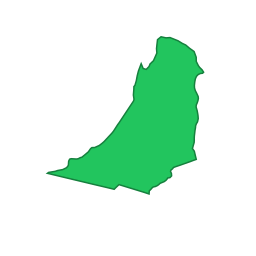 the district of Santana do Ipanema, Alagoas, Brazil, rotated 335°
{"feature_id": "56859067B18090298356879", "entity_name": "Santana do Ipanema", "entity_type": "district", "adm_level": 2, "iso_a3": "BRA", "parent_name": "Brazil", "parent_adm1": "Alagoas", "projection": "equal_earth", "projection_center": [-37.2, -9.346], "detail": "fine", "context": "isolated", "style": "filled", "palette": "green", "viewbox_px": 256, "rotation_deg": 335, "n_neighbors": 0, "source": "geoboundaries", "source_scale": "gbopen_adm2", "svg_char_len": 1675}
<svg xmlns="http://www.w3.org/2000/svg" viewBox="0 0 256 256"><g transform="rotate(335 128 128)"><path d="M167.1,75.3L161.6,80.7L160.2,82.4L158.4,84.6L155.4,88.8L152.3,92.3L150.9,92.9L149.6,95.5L146.8,100.4L145.6,104.5L144.4,105.9L137.5,110.1L122.3,119.4L120.1,120.6L113.6,124.7L111.4,125.8L100.6,130.2L98.2,130.9L94.6,131.7L89.5,131.6L87.0,130.5L85.4,130.9L81.9,132.9L75.9,134.5L73.8,135.0L72.3,134.7L69.8,134.8L68.1,134.3L63.5,131.8L61.9,131.6L60.2,133.0L58.1,136.7L55.6,138.0L51.3,138.1L46.3,136.8L43.7,136.5L37.3,134.7L35.8,135.0L47.1,144.0L72.8,164.4L85.6,174.5L89.6,177.7L91.7,176.9L95.9,175.5L115.4,193.1L119.2,196.7L120.7,194.0L122.7,193.3L124.4,192.5L126.0,192.1L128.0,192.6L130.3,192.6L131.9,192.3L133.7,191.7L135.6,191.8L138.1,191.9L140.2,191.5L141.6,190.9L142.9,190.1L145.1,190.7L147.3,189.8L148.2,187.4L148.1,185.5L149.1,184.3L151.1,183.8L152.6,183.0L155.0,183.2L159.4,183.7L171.0,184.8L173.6,185.0L176.6,185.3L177.3,181.8L178.3,177.0L177.7,173.9L179.8,171.4L181.8,169.1L182.9,167.1L183.6,165.5L184.7,163.4L187.9,158.2L189.2,156.4L190.2,154.6L191.7,153.1L193.6,151.8L195.6,149.2L196.7,146.3L197.3,144.2L198.0,141.5L198.6,137.7L199.7,135.9L201.3,134.5L202.9,132.8L204.3,130.9L204.9,129.0L204.9,125.7L204.8,122.5L205.2,119.8L206.2,117.4L207.9,114.6L209.6,112.2L210.8,111.0L212.3,109.9L214.3,109.2L216.7,109.2L218.7,109.9L220.1,109.4L219.7,106.5L218.5,103.3L218.1,101.2L218.0,96.5L219.7,92.7L220.2,86.6L217.4,81.6L215.4,77.2L212.9,74.2L210.3,70.2L209.2,69.0L204.3,63.8L200.6,62.4L196.5,59.3L192.1,60.4L189.2,65.1L187.4,68.1L185.8,72.3L179.5,77.8L175.2,79.2L173.0,81.2L169.3,82.6L166.9,80.5L167.1,75.3Z" fill="#22c55e" stroke="#15803d" stroke-width="1.5"/></g></svg>